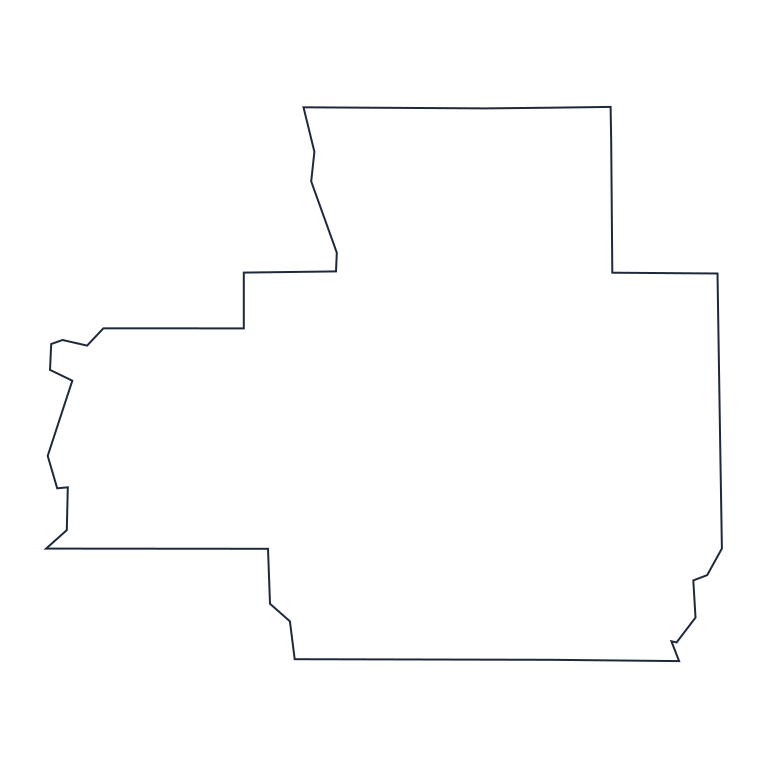 Bienville, Louisiana, United States of America
{"feature_id": "52423323B2528057898342", "entity_name": "Bienville", "entity_type": "district", "adm_level": 2, "iso_a3": "USA", "parent_name": "United States of America", "parent_adm1": "Louisiana", "projection": "natural_earth1", "projection_center": [-93.107, 32.366], "detail": "fine", "context": "isolated", "style": "outline", "palette": "slate", "viewbox_px": 768, "rotation_deg": 0, "n_neighbors": 0, "source": "geoboundaries", "source_scale": "gbopen_adm2", "svg_char_len": 573}
<svg xmlns="http://www.w3.org/2000/svg" viewBox="0 0 768 768"><path d="M717.5,273.5L612.3,272.7L611.2,141.8L610.6,106.9L551.0,107.7L484.9,108.4L303.5,107.3L314.4,151.8L311.2,181.4L336.8,252.7L336.0,271.4L243.8,272.6L243.8,328.4L103.4,328.3L87.1,345.6L62.5,340.0L51.2,344.0L50.0,369.9L72.3,380.7L47.7,455.9L57.2,488.3L67.8,487.3L66.8,530.1L46.1,548.6L268.0,548.8L270.0,603.8L289.9,621.3L294.7,659.2L550.8,659.8L679.1,661.1L671.4,641.3L676.6,642.4L695.5,617.6L693.3,580.4L707.2,575.1L721.9,548.5L720.2,444.9L717.5,273.5Z" fill="none" stroke="#1e293b" stroke-width="2"/></svg>